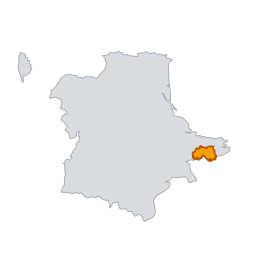 location of Côtes-d'Armor within France, rotated 169°
{"feature_id": "FRA-5283", "entity_name": "Côtes-d'Armor", "entity_type": "Metropolitan department", "adm_level": 1, "iso_a3": "FRA", "parent_name": "France", "parent_adm1": "", "projection": "mercator", "projection_center": [-2.816, 48.456], "detail": "fine", "context": "in_parent", "style": "filled", "palette": "amber", "viewbox_px": 256, "rotation_deg": 169, "n_neighbors": 0, "source": "natural_earth", "source_scale": "10m", "svg_char_len": 6198}
<svg xmlns="http://www.w3.org/2000/svg" viewBox="0 0 256 256"><g transform="rotate(169 128 128)"><path d="M198.3,105.6L196.6,106.5L195.6,108.3L194.6,108.8L192.7,108.8L191.8,107.6L189.6,108.4L188.6,109.5L190.0,111.0L185.5,116.8L182.7,118.4L182.0,122.2L178.7,125.0L177.4,128.0L177.3,128.6L178.2,129.5L177.8,131.5L176.1,132.7L176.1,134.0L176.6,134.1L179.2,133.1L180.2,132.0L179.7,130.4L182.3,128.5L187.0,129.0L187.5,131.5L186.9,133.7L190.3,138.3L187.4,140.5L187.2,141.9L190.2,146.5L192.0,148.4L191.0,151.5L187.9,153.5L185.8,153.3L185.0,153.8L185.1,154.8L186.5,157.6L189.9,159.4L190.4,161.5L189.5,162.2L187.9,165.4L188.6,166.9L188.3,167.6L188.6,168.7L189.5,169.7L194.3,172.4L198.6,171.9L199.1,173.4L196.5,177.5L196.6,179.3L195.3,179.3L195.1,180.0L192.4,181.3L188.2,185.4L186.2,186.6L185.4,188.7L184.2,189.8L178.1,192.2L176.9,191.7L174.0,191.7L172.1,190.2L168.5,189.3L167.4,187.1L164.1,186.7L163.9,185.3L159.2,186.6L152.6,184.7L150.3,182.5L148.4,183.1L146.7,185.0L139.6,190.0L136.9,195.1L137.4,201.0L139.0,203.9L134.7,203.5L132.1,204.3L131.5,205.6L125.4,204.1L123.1,205.3L122.5,205.3L121.7,204.0L118.7,202.6L119.2,201.6L118.8,200.8L116.0,200.1L115.0,200.9L113.9,199.2L106.1,196.5L104.8,196.5L104.3,199.2L99.2,199.1L98.5,198.7L95.2,199.2L91.8,196.7L87.9,197.2L85.5,194.6L83.2,194.4L80.0,193.1L78.5,192.4L78.3,191.7L77.3,192.8L76.1,192.6L75.9,192.2L76.6,190.8L76.8,189.1L72.7,187.8L71.7,186.6L71.6,186.0L73.8,185.4L75.8,183.1L77.7,174.6L79.0,164.4L80.0,162.5L81.3,162.0L80.3,160.6L79.0,162.4L79.8,153.0L81.2,145.9L84.7,148.8L85.5,150.1L86.5,154.3L88.4,156.1L87.2,154.4L85.9,148.7L85.1,147.1L79.7,142.4L79.5,141.3L81.9,141.9L80.9,138.3L80.4,130.8L77.0,130.1L71.7,126.9L68.1,121.1L67.7,118.9L68.6,116.6L67.8,115.1L66.2,114.1L67.4,112.1L68.5,111.9L72.3,113.1L69.2,111.2L64.1,111.8L62.1,111.2L61.7,109.8L63.1,108.0L61.4,106.9L58.5,107.1L58.1,106.7L59.0,105.4L58.3,104.9L55.9,105.4L54.5,105.0L53.3,103.5L49.4,103.2L48.6,102.4L43.3,100.7L37.8,101.0L36.2,98.0L32.8,96.6L33.5,95.7L36.9,94.8L37.5,94.0L35.1,92.8L34.2,91.6L38.7,91.3L36.7,90.0L32.3,90.1L31.7,88.3L32.3,86.5L34.8,84.9L41.2,83.1L45.8,83.0L49.1,80.9L52.3,80.4L55.4,81.4L59.5,86.6L62.9,84.3L67.8,84.4L68.8,85.6L70.1,83.3L71.2,84.7L77.3,84.2L75.9,83.3L74.7,81.1L74.5,72.9L71.4,67.0L70.6,64.8L70.8,63.0L74.4,63.3L77.4,62.5L78.8,63.1L79.2,66.9L80.5,69.1L88.8,69.8L93.6,71.0L97.6,68.8L101.4,67.9L101.7,67.4L99.5,67.6L97.5,66.6L97.3,65.6L98.3,62.6L104.1,59.3L112.5,56.4L114.7,54.5L117.2,51.1L116.7,50.2L117.0,40.8L118.3,37.7L121.5,35.4L129.8,33.1L130.8,36.2L130.7,37.9L132.9,40.5L134.0,41.4L137.6,39.9L139.3,42.4L139.8,45.2L144.2,46.3L145.4,50.0L146.2,49.2L148.9,49.3L150.2,49.6L152.0,51.2L151.4,53.4L152.2,54.4L151.5,56.4L152.0,57.2L156.9,57.2L158.4,56.3L159.1,54.4L160.6,53.2L161.2,53.5L160.2,57.2L160.9,58.2L161.3,60.8L163.2,61.0L166.8,63.1L169.9,66.6L173.7,66.0L176.7,67.9L179.8,66.9L182.7,68.0L183.7,69.0L186.4,73.8L188.5,72.8L190.0,73.4L190.5,74.8L196.0,74.0L197.1,75.3L198.2,75.8L205.3,77.6L205.3,79.4L201.3,84.5L199.5,91.8L198.3,94.3L197.8,96.1L198.2,97.4L198.0,99.3L197.1,104.0L197.6,105.3L198.3,105.6ZM223.4,197.1L223.0,199.8L224.0,201.7L224.3,209.4L222.3,213.1L221.9,217.6L219.4,222.9L215.5,220.5L214.3,219.2L215.4,217.2L213.1,216.1L213.7,214.1L213.4,213.1L211.8,213.0L211.7,212.5L212.9,211.0L212.9,210.0L211.4,208.9L211.1,207.8L212.5,206.6L211.9,205.5L211.1,205.3L213.0,201.8L214.4,200.7L217.5,199.7L218.8,198.4L220.8,199.1L221.1,198.8L221.8,193.2L222.5,193.1L223.1,193.9L223.4,197.1ZM79.9,138.7L79.4,140.4L77.4,137.5L77.1,135.9L79.9,138.7Z" fill="#d9dde1" stroke="#a8b0b8" stroke-width="1"/><path d="M46.8,83.5L47.1,83.6L47.5,83.6L47.6,83.0L47.5,82.7L48.3,82.4L48.1,82.3L47.6,81.7L47.6,81.4L47.7,81.2L48.1,81.0L48.4,80.5L48.5,80.3L49.1,80.5L49.6,80.7L49.8,80.8L49.7,80.8L49.6,81.0L49.9,81.1L50.1,81.1L50.3,80.8L50.4,80.7L51.5,80.3L51.7,80.2L51.8,80.2L52.3,79.7L52.5,79.8L52.6,80.1L52.6,80.5L52.5,80.8L52.3,81.0L52.4,81.3L52.5,81.1L52.6,80.9L53.0,80.4L53.3,80.1L53.5,79.9L53.6,80.0L53.8,79.7L54.0,79.6L54.3,79.9L54.3,80.1L54.2,80.3L54.2,80.5L54.4,80.6L54.3,80.8L54.1,81.3L54.0,81.5L53.7,81.9L53.7,82.0L53.8,82.0L54.3,81.1L54.5,80.7L54.7,80.8L54.9,80.7L55.0,80.6L55.3,80.8L55.2,80.9L55.3,80.9L55.3,81.0L55.2,81.1L54.8,81.3L55.0,81.6L55.4,81.7L56.0,81.8L56.3,81.9L56.3,82.0L56.3,82.3L56.2,82.4L56.1,82.6L56.3,82.7L56.6,82.9L56.8,83.1L56.9,83.3L57.7,84.1L57.9,84.7L57.9,84.9L57.9,85.0L57.9,85.3L58.0,85.4L58.2,85.5L58.5,85.7L59.3,86.1L59.2,86.3L59.1,86.5L59.3,86.7L59.4,86.8L59.5,87.0L59.7,86.9L59.7,86.6L59.8,86.5L60.3,86.5L60.5,86.4L60.8,86.1L61.1,85.6L61.3,85.4L61.6,85.3L62.5,84.8L62.7,84.5L62.7,84.4L62.3,84.3L62.9,84.1L63.2,84.1L63.3,84.4L63.7,84.3L64.1,84.0L64.4,83.6L64.6,83.3L64.7,83.5L64.8,83.7L65.1,83.7L65.1,83.8L64.9,84.0L64.8,84.3L64.4,84.7L64.7,84.9L64.9,84.7L65.2,84.4L65.5,84.3L65.6,84.8L65.7,85.0L65.8,85.0L66.0,85.4L66.0,85.6L66.2,85.4L66.3,85.2L66.3,85.3L66.4,85.5L66.5,85.6L66.7,85.4L66.5,85.2L66.9,84.9L67.0,84.9L67.2,85.1L67.0,84.8L66.9,84.5L67.5,84.3L68.2,84.3L68.5,84.9L68.5,85.1L68.6,85.3L68.7,85.5L68.9,85.5L68.8,85.8L69.1,86.3L69.2,86.6L69.1,87.0L69.3,86.9L69.7,86.6L69.8,86.3L70.1,87.2L70.1,87.5L70.0,87.9L69.6,88.4L69.5,88.7L69.5,88.9L69.8,90.1L69.7,90.4L69.5,90.5L69.4,90.5L69.4,91.1L69.4,91.4L69.1,91.8L68.7,91.7L68.3,91.5L68.0,91.5L67.7,91.7L67.5,92.0L67.3,92.2L66.7,92.2L66.6,92.3L66.4,92.9L66.3,93.0L66.0,93.2L65.9,93.4L65.8,93.9L65.7,94.1L65.5,94.3L65.2,94.5L64.7,94.7L64.3,95.0L64.1,95.1L64.0,94.9L63.7,94.4L63.5,94.2L63.1,94.0L62.0,94.1L61.8,94.2L61.7,94.5L61.7,95.1L61.6,95.4L61.5,95.7L60.7,96.4L60.3,96.7L60.0,96.6L60.0,94.9L59.8,94.8L59.0,95.1L58.7,95.5L58.4,95.4L58.2,94.8L57.9,94.7L57.4,94.6L56.5,94.0L56.2,94.0L55.6,94.2L55.4,94.2L55.3,93.6L55.2,93.4L54.9,93.3L54.0,93.2L53.8,93.3L53.7,93.5L53.6,94.0L53.4,94.2L53.2,94.3L51.5,94.5L51.1,94.4L50.9,94.1L50.6,94.0L50.1,94.3L49.8,94.4L49.6,94.2L49.5,93.9L49.5,93.7L49.4,93.7L48.1,93.8L47.8,93.7L48.1,93.5L48.0,92.9L48.1,92.6L48.3,92.2L48.4,91.7L48.0,90.8L47.9,90.6L47.8,90.0L47.8,89.9L47.7,89.8L47.6,89.7L47.2,89.5L47.1,89.2L47.3,88.9L47.6,88.9L47.8,88.9L47.9,88.7L47.9,88.3L47.9,88.1L47.7,88.0L47.4,87.8L47.4,87.6L47.7,87.0L47.8,86.8L47.8,86.5L47.7,86.2L47.0,85.3L46.9,85.1L46.8,84.7L46.8,83.5Z" fill="#f59e0b" stroke="#b45309" stroke-width="1.5"/></g></svg>